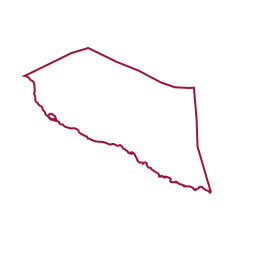 the district of Al-Tur, Janub Sina', Egypt, rotated 338°
{"feature_id": "37247803B51826009871737", "entity_name": "Al-Tur", "entity_type": "district", "adm_level": 2, "iso_a3": "EGY", "parent_name": "Egypt", "parent_adm1": "Janub Sina'", "projection": "orthographic", "projection_center": [33.545, 28.362], "detail": "fine", "context": "isolated", "style": "outline", "palette": "rose", "viewbox_px": 256, "rotation_deg": 338, "n_neighbors": 0, "source": "geoboundaries", "source_scale": "gbopen_adm2", "svg_char_len": 3026}
<svg xmlns="http://www.w3.org/2000/svg" viewBox="0 0 256 256"><g transform="rotate(338 128 128)"><path d="M51.8,41.0L53.3,41.9L54.4,43.6L54.9,44.7L55.3,45.8L55.9,47.5L57.1,48.6L57.7,50.3L57.4,52.4L56.8,54.3L56.3,56.3L55.0,59.5L54.1,60.7L53.7,61.2L53.8,63.7L53.2,65.5L52.6,67.2L52.3,68.6L53.4,70.7L54.1,73.6L55.7,75.5L56.2,77.6L55.9,79.2L56.2,80.5L56.9,82.0L56.6,84.4L57.3,85.9L58.2,87.3L58.4,88.1L58.7,89.4L59.5,90.8L60.0,91.8L61.0,92.1L61.9,92.0L61.7,91.7L61.2,91.2L60.5,91.2L60.1,90.9L59.8,90.4L59.6,89.7L59.3,89.1L58.5,88.2L58.4,88.1L58.6,87.2L58.9,86.7L59.2,86.4L59.6,86.1L60.7,85.8L61.8,85.9L62.6,86.3L63.3,87.5L64.1,88.8L64.8,90.2L64.6,92.3L64.4,93.2L63.7,93.5L63.1,93.4L62.8,93.4L62.5,93.3L62.6,93.0L62.7,92.8L63.0,92.6L63.6,92.1L63.2,91.9L62.7,92.1L62.2,92.7L62.2,93.1L62.5,93.4L64.0,94.5L65.2,95.3L66.3,96.7L66.2,98.2L67.1,99.4L68.8,100.4L69.7,102.6L70.7,103.8L71.6,104.4L72.3,105.1L73.7,106.0L74.2,106.7L74.8,106.7L75.6,107.4L77.2,107.7L78.0,108.0L79.2,109.1L80.3,110.2L81.1,112.0L81.0,113.8L82.7,116.4L83.9,117.4L84.2,118.3L85.4,119.5L86.0,119.9L86.7,120.6L86.8,121.8L86.8,122.8L87.7,123.1L88.5,123.6L89.4,125.1L90.4,125.8L91.5,127.2L92.8,128.1L93.8,128.7L95.4,129.6L96.8,130.3L97.6,130.6L99.7,131.6L102.3,133.9L104.7,136.3L105.9,136.9L107.5,136.9L108.8,137.5L110.8,139.8L111.7,140.7L113.6,140.8L114.5,141.0L115.3,142.6L115.8,145.3L117.0,146.2L117.6,148.0L118.8,149.1L119.1,150.2L119.0,150.3L118.9,150.5L119.0,151.1L119.5,151.7L120.8,152.6L121.6,153.2L121.7,152.9L121.2,152.5L120.7,152.2L121.2,151.8L121.3,151.7L121.8,151.9L122.8,152.1L123.2,152.5L123.3,153.4L123.9,153.8L124.3,154.8L124.3,156.7L124.8,160.6L124.5,161.4L124.9,162.8L125.8,164.4L127.3,164.9L128.3,165.5L128.5,166.3L128.4,166.7L128.9,166.7L129.3,166.2L129.7,166.0L130.6,166.2L132.0,167.1L132.1,168.1L131.4,169.2L131.8,171.4L132.4,172.6L133.8,173.1L134.2,173.8L134.4,175.2L135.2,176.2L136.0,177.7L137.5,179.6L138.8,181.4L139.4,182.9L138.9,183.7L138.6,184.1L138.6,184.3L139.0,184.3L139.5,185.2L140.0,185.1L140.7,184.8L141.5,185.1L142.4,186.2L142.2,186.6L142.7,187.1L142.8,186.8L143.6,186.8L144.0,187.5L144.7,187.9L144.9,187.7L145.3,187.5L146.0,188.2L146.7,188.8L147.9,190.3L148.6,191.2L148.2,192.0L147.8,192.5L147.2,193.1L147.5,194.0L148.1,194.5L148.9,194.9L149.2,195.1L150.1,195.2L150.6,195.6L151.1,196.1L152.2,195.6L152.8,195.9L152.8,196.5L153.0,197.2L153.8,197.5L154.1,198.4L154.7,199.3L155.6,199.8L156.3,200.4L157.1,201.1L157.6,201.5L157.9,202.6L158.5,202.5L158.9,203.6L159.3,203.5L159.6,203.6L160.7,204.1L161.5,204.6L163.7,205.4L164.8,206.7L165.7,207.8L165.8,208.7L166.3,209.3L166.6,210.3L167.3,211.0L168.1,210.5L168.4,210.1L169.6,210.1L170.5,210.4L171.4,209.9L172.0,209.5L172.8,209.4L173.6,210.2L174.4,210.3L174.9,210.9L174.9,211.6L175.4,212.3L176.1,213.4L176.9,214.8L178.8,216.3L179.6,218.1L179.8,218.7L180.2,218.6L180.4,218.3L180.6,218.3L180.8,218.2L185.5,171.3L194.9,145.6L204.2,115.3L199.9,113.9L186.7,107.8L175.7,98.2L159.3,78.8L142.0,62.2L120.9,38.7L120.5,38.9L103.6,37.3L51.8,41.0Z" fill="none" stroke="#9f1239" stroke-width="2"/></g></svg>